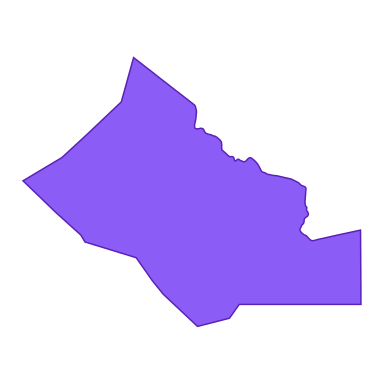 Kidal, Natural Earth projection
{"feature_id": "MLI-2689", "entity_name": "Kidal", "entity_type": "Region", "adm_level": 1, "iso_a3": "MLI", "parent_name": "Mali", "parent_adm1": "", "projection": "natural_earth1", "projection_center": [2.188, 19.739], "detail": "fine", "context": "isolated", "style": "filled", "palette": "violet", "viewbox_px": 384, "rotation_deg": 0, "n_neighbors": 0, "source": "natural_earth", "source_scale": "10m", "svg_char_len": 2067}
<svg xmlns="http://www.w3.org/2000/svg" viewBox="0 0 384 384"><path d="M133.6,57.6L137.5,60.6L142.1,64.2L146.7,67.8L151.4,71.4L156.0,75.1L160.6,78.7L165.3,82.3L169.9,85.9L174.5,89.5L179.2,93.1L183.8,96.7L188.5,100.3L194.7,105.2L195.4,106.5L196.4,110.6L196.5,112.0L195.8,119.0L194.6,124.7L194.6,126.0L194.7,127.5L195.1,128.3L195.9,128.7L197.1,128.9L198.2,128.8L200.4,128.3L201.5,128.3L202.8,128.7L203.5,129.4L204.6,131.6L205.4,132.8L206.4,133.5L208.7,134.3L210.8,134.7L211.8,135.1L212.8,135.7L214.8,136.1L216.9,137.3L220.3,140.3L221.4,142.1L221.7,144.4L221.7,149.2L222.2,150.1L228.6,156.0L229.7,156.6L230.9,156.7L231.9,156.6L232.7,156.6L233.6,157.4L234.1,158.7L234.3,159.9L234.7,160.7L235.9,160.7L236.4,160.4L237.4,159.4L238.1,159.2L238.7,159.3L239.2,159.6L239.6,160.0L240.2,160.4L243.5,161.7L244.3,161.8L245.8,161.1L247.9,158.8L249.2,157.9L250.3,157.7L251.3,158.0L252.2,158.6L255.5,161.5L257.5,163.9L259.2,166.7L261.4,171.1L262.0,171.8L262.9,172.2L264.2,172.5L265.2,172.9L267.1,174.1L268.2,174.4L268.8,174.5L273.7,175.5L276.6,175.7L291.4,179.1L298.2,182.5L301.3,185.3L302.2,185.7L304.2,186.4L305.0,186.9L305.7,187.7L306.0,188.5L305.0,201.4L305.1,203.8L305.7,206.2L306.0,206.6L306.3,206.8L306.6,207.0L306.8,207.6L306.8,208.0L306.5,209.2L306.5,209.8L307.0,211.0L307.7,212.0L308.2,213.0L308.4,214.4L307.8,215.8L306.9,216.7L305.7,217.4L304.7,218.4L304.2,219.5L304.0,222.0L303.7,223.1L302.6,224.5L301.8,225.0L301.6,225.6L301.2,226.8L300.4,228.2L299.9,229.3L300.0,230.5L300.9,231.9L301.8,233.0L302.9,233.9L304.0,234.7L306.5,235.9L309.7,239.4L311.0,240.3L311.5,240.5L312.3,240.7L313.7,240.6L318.1,239.4L323.7,238.2L332.9,236.1L336.9,235.2L342.1,234.1L351.3,232.1L360.5,230.1L360.6,237.9L360.6,245.8L360.7,253.7L360.7,261.5L360.8,269.4L360.8,277.3L360.9,285.2L360.9,293.0L360.9,300.9L361.0,304.4L360.9,304.4L331.6,304.4L290.5,304.4L239.2,304.4L229.5,318.2L197.5,326.4L163.3,294.3L152.1,280.4L136.2,257.7L85.0,242.0L80.8,235.0L56.4,213.0L23.0,180.8L62.0,157.5L86.6,134.8L121.3,101.9L133.4,58.3L133.6,57.6L133.6,57.6Z" fill="#8b5cf6" stroke="#5b21b6" stroke-width="1.5"/></svg>